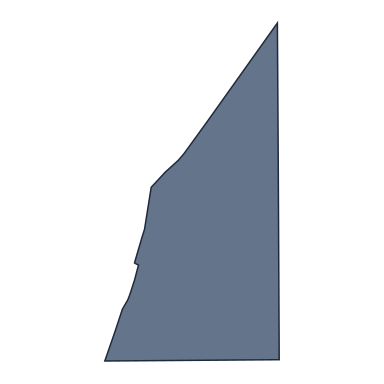 outline of Toujounine, Nouakchott, Mauritania
{"feature_id": "47542326B78041808774540", "entity_name": "Toujounine", "entity_type": "district", "adm_level": 2, "iso_a3": "MRT", "parent_name": "Mauritania", "parent_adm1": "Nouakchott", "projection": "albers", "projection_center": [-15.928, 18.086], "detail": "fine", "context": "isolated", "style": "filled", "palette": "slate", "viewbox_px": 384, "rotation_deg": 0, "n_neighbors": 0, "source": "geoboundaries", "source_scale": "gbopen_adm2", "svg_char_len": 383}
<svg xmlns="http://www.w3.org/2000/svg" viewBox="0 0 384 384"><path d="M104.8,361.0L279.2,359.7L278.3,173.1L277.4,23.0L206.7,122.3L189.4,146.2L183.7,154.0L178.5,160.1L165.2,172.2L151.2,187.3L144.5,229.4L142.2,236.6L134.5,262.9L135.6,263.6L138.5,265.1L134.5,280.2L129.9,294.4L127.9,299.6L122.4,309.2L114.9,331.9L104.8,361.0Z" fill="#64748b" stroke="#1e293b" stroke-width="1.5"/></svg>